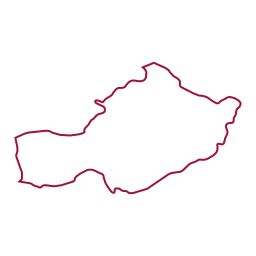 map outline of Westmeath (Equal Earth projection)
{"feature_id": "IRL-717", "entity_name": "Westmeath", "entity_type": "County", "adm_level": 1, "iso_a3": "IRL", "parent_name": "Ireland", "parent_adm1": "", "projection": "equal_earth", "projection_center": [-7.391, 53.56], "detail": "fine", "context": "isolated", "style": "outline", "palette": "rose", "viewbox_px": 256, "rotation_deg": 0, "n_neighbors": 0, "source": "natural_earth", "source_scale": "10m", "svg_char_len": 2841}
<svg xmlns="http://www.w3.org/2000/svg" viewBox="0 0 256 256"><path d="M153.9,62.8L165.3,67.9L168.6,70.1L169.8,72.1L173.7,76.2L177.1,78.2L178.8,79.7L179.7,80.8L179.9,81.9L179.9,83.0L179.8,84.3L180.0,85.7L180.7,86.7L181.6,87.3L193.1,93.2L198.6,95.4L200.5,95.7L202.2,95.8L204.4,96.3L207.5,97.5L212.5,101.1L215.2,102.6L217.1,103.4L218.4,103.2L220.7,101.1L221.6,100.6L224.7,99.1L226.5,97.9L227.4,97.5L228.5,97.2L229.5,97.0L231.4,97.3L234.5,98.1L238.4,100.4L239.9,101.9L240.6,103.2L240.5,104.3L240.1,105.4L239.7,106.3L239.1,107.2L237.5,108.6L236.9,109.4L236.4,110.3L236.2,111.5L236.0,113.7L235.2,115.7L234.1,117.4L233.8,118.4L233.6,119.7L233.6,121.2L233.2,122.2L232.2,122.8L228.9,123.1L228.0,123.4L227.1,123.9L226.3,124.6L226.0,125.9L226.1,127.5L227.2,130.5L227.5,132.2L227.4,133.5L226.0,136.4L225.2,138.4L224.6,140.6L224.4,141.7L224.0,142.8L223.5,143.6L222.7,144.2L221.9,144.4L221.4,144.4L219.0,143.7L217.9,143.9L217.3,144.7L217.5,148.1L217.4,149.5L217.2,150.4L216.9,151.2L216.2,152.5L215.6,153.3L214.1,154.8L213.2,155.5L207.5,158.8L205.3,159.6L202.5,159.8L199.6,159.6L198.4,160.0L197.4,160.5L196.6,161.1L195.6,161.6L192.1,162.8L190.1,163.7L188.8,164.6L183.2,170.1L180.3,171.8L171.7,173.0L169.9,173.6L168.5,174.3L147.2,188.8L133.6,192.9L130.8,193.2L128.9,193.0L127.2,191.6L126.2,191.1L123.0,190.9L121.8,190.5L119.9,189.0L118.6,188.5L116.0,188.4L115.0,189.0L114.7,190.0L114.7,191.2L114.4,192.5L113.4,192.8L112.4,192.5L111.6,191.9L110.9,191.1L108.5,187.9L105.8,183.7L105.4,182.7L103.8,177.7L103.5,175.9L103.3,175.4L102.8,174.7L102.1,174.0L98.7,172.7L94.8,170.6L91.6,169.7L89.1,169.7L87.3,170.0L80.3,173.6L76.7,176.2L75.3,177.6L74.9,178.5L74.7,179.5L74.4,180.6L72.5,181.8L61.0,185.3L54.1,186.3L45.5,185.2L43.4,185.4L42.2,186.0L40.8,187.4L39.6,187.5L38.4,187.1L37.5,186.6L35.1,185.9L33.0,185.0L32.2,184.3L31.3,183.7L29.6,183.2L19.4,181.5L19.5,181.4L21.9,179.0L22.0,172.8L16.5,157.1L16.2,154.9L17.4,151.5L17.4,147.7L15.4,137.8L24.5,133.7L28.2,132.6L45.0,130.8L47.8,130.8L49.2,131.1L50.3,131.5L51.3,132.1L52.1,132.6L60.2,134.9L70.0,135.5L78.9,134.3L82.6,133.3L84.4,132.2L84.4,130.1L84.6,129.0L85.1,128.2L88.0,125.2L88.7,124.4L90.3,121.4L91.2,120.3L93.2,119.0L94.3,118.0L95.2,116.9L96.4,115.6L98.7,114.1L102.6,113.1L104.2,112.0L104.9,110.9L104.8,108.7L104.5,107.7L103.8,107.0L102.9,106.3L96.5,103.3L95.7,102.6L95.2,101.8L95.5,100.7L96.5,100.4L97.8,100.5L99.0,100.8L101.3,101.8L102.6,102.2L103.3,101.7L105.5,99.1L111.1,95.6L111.7,95.1L112.3,94.4L114.0,91.7L115.9,89.5L117.2,88.5L118.3,88.0L122.7,87.8L124.0,87.4L125.0,86.8L126.8,84.4L128.5,82.5L129.7,81.6L131.0,80.9L132.1,80.6L133.5,80.5L134.9,80.6L138.3,81.2L141.2,81.2L142.9,80.7L144.1,80.1L144.8,79.3L145.4,78.5L145.9,77.6L146.1,76.5L146.1,74.3L146.3,73.6L146.4,73.1L146.4,72.7L146.4,72.2L146.2,71.7L145.4,70.0L144.2,68.6L142.8,67.3L153.9,62.8Z" fill="none" stroke="#9f1239" stroke-width="2"/></svg>